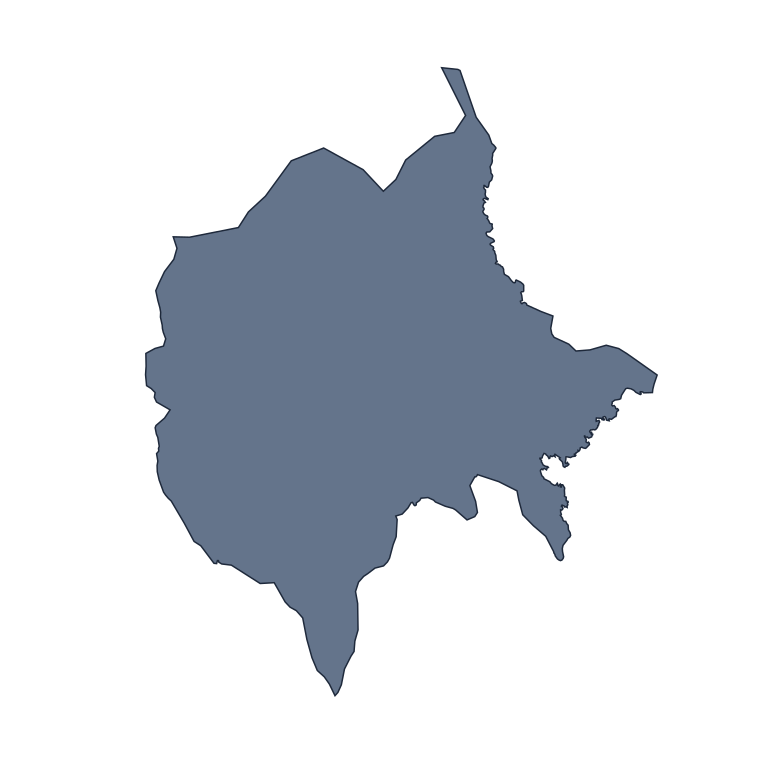 outline of Geidam, Yobe, Nigeria, rotated 152°
{"feature_id": "59680162B70118559758614", "entity_name": "Geidam", "entity_type": "district", "adm_level": 2, "iso_a3": "NGA", "parent_name": "Nigeria", "parent_adm1": "Yobe", "projection": "equal_earth", "projection_center": [11.91, 12.702], "detail": "fine", "context": "isolated", "style": "filled", "palette": "slate", "viewbox_px": 768, "rotation_deg": 152, "n_neighbors": 0, "source": "geoboundaries", "source_scale": "gbopen_adm2", "svg_char_len": 6171}
<svg xmlns="http://www.w3.org/2000/svg" viewBox="0 0 768 768"><g transform="rotate(152 384 384)"><path d="M626.8,380.6L625.7,355.0L625.6,334.1L621.7,327.2L618.3,305.5L616.1,304.0L614.0,306.3L613.1,305.8L613.5,304.2L611.8,301.3L603.8,295.7L587.0,266.0L574.2,260.1L573.6,238.0L571.7,231.0L567.8,225.0L565.6,215.6L572.0,194.7L576.1,176.1L577.4,162.3L574.2,153.5L573.1,144.6L573.6,131.8L569.5,133.3L562.8,138.5L552.7,150.9L540.9,159.2L536.0,161.9L530.4,170.7L522.4,179.0L510.3,202.6L506.6,214.1L499.5,221.0L492.3,223.7L487.4,224.2L478.4,225.7L469.8,223.6L464.5,225.3L460.9,227.6L451.4,237.8L445.0,243.4L436.0,258.2L435.6,261.9L429.0,260.6L421.1,263.3L415.8,266.5L414.4,266.1L414.4,263.2L413.8,262.0L412.3,262.1L411.2,263.9L407.2,264.4L404.9,265.8L398.5,263.1L394.7,258.2L394.0,255.7L387.3,247.3L381.5,241.8L379.9,239.2L374.5,225.0L366.1,224.3L361.8,226.7L358.2,237.4L355.9,254.0L347.4,259.4L346.5,258.9L344.9,259.4L344.0,260.1L328.5,243.9L316.7,227.2L319.5,218.1L322.9,203.4L318.6,188.7L312.7,173.6L312.9,156.4L313.3,155.0L313.1,153.4L313.5,151.8L313.0,148.1L312.2,146.5L311.1,145.2L309.6,145.0L307.7,145.9L306.5,147.1L305.0,152.3L303.8,155.0L301.7,157.5L295.8,160.2L294.2,161.3L291.8,161.6L290.3,162.7L289.5,165.3L289.6,168.7L287.7,172.9L288.2,175.0L288.0,177.4L289.3,178.1L289.9,179.5L289.4,181.8L289.9,185.2L289.4,185.1L288.6,185.6L288.3,187.7L287.2,189.9L286.6,189.3L285.7,189.3L284.5,189.9L284.2,191.5L284.7,192.9L283.6,193.5L282.2,191.7L282.1,190.4L281.1,190.3L280.2,189.0L279.6,190.4L278.4,191.0L277.9,193.0L277.0,193.0L276.6,193.9L277.9,195.3L277.5,196.4L276.2,198.5L277.1,199.6L277.3,200.4L276.6,201.1L274.6,205.5L273.3,207.3L273.5,211.1L274.3,211.6L275.9,209.8L276.6,210.4L275.2,212.4L275.3,213.0L278.0,212.1L278.2,213.4L277.6,214.1L277.6,215.1L279.8,214.0L281.1,214.5L282.4,216.4L283.1,217.9L283.4,219.8L287.3,225.3L286.9,226.5L287.7,228.9L287.1,232.4L286.7,233.9L286.0,234.6L284.6,234.9L284.0,233.7L283.2,234.3L282.1,234.2L280.8,231.9L279.2,233.4L278.1,233.1L278.2,234.2L280.0,235.5L281.5,237.8L281.4,240.4L281.7,241.4L281.1,241.9L280.8,242.7L281.5,244.8L281.2,245.3L279.5,244.5L279.0,244.6L277.8,246.0L275.3,247.6L274.1,246.3L274.1,245.3L273.3,243.6L273.3,240.7L272.4,240.7L271.2,242.2L270.6,242.3L269.7,241.0L268.0,241.0L267.1,239.5L266.7,241.3L266.0,241.7L263.1,236.1L264.2,235.9L264.3,235.1L263.1,231.6L263.7,229.1L264.3,227.7L264.3,226.8L263.4,225.5L262.3,226.1L261.2,225.6L260.3,225.7L258.6,226.1L258.4,226.5L259.0,227.3L258.8,228.7L259.2,228.8L259.7,228.1L260.4,228.1L261.0,228.7L260.9,229.6L259.0,231.8L257.6,234.2L256.7,233.9L253.8,231.5L251.7,231.5L249.1,230.5L248.3,230.9L249.1,232.0L248.9,232.7L247.3,232.4L247.0,233.0L244.2,233.2L243.9,234.3L242.9,233.3L241.7,234.1L240.7,235.5L238.9,235.4L238.2,234.1L236.4,232.6L235.5,232.6L231.0,234.1L230.5,235.8L230.8,236.7L231.8,236.5L232.7,237.5L232.7,238.2L231.5,239.9L231.4,240.6L231.7,242.9L231.5,243.9L231.1,243.9L231.3,242.9L231.0,242.4L229.2,241.6L229.0,240.6L228.7,240.1L225.5,239.8L224.4,240.9L223.5,241.2L223.3,241.9L224.5,242.4L224.5,243.0L223.5,243.5L223.4,244.0L224.7,244.5L224.6,245.7L224.1,246.0L222.9,246.4L222.0,245.8L220.8,245.7L219.5,244.6L218.5,244.4L216.2,245.3L214.9,246.3L214.7,247.0L213.8,247.0L212.9,248.3L211.4,249.2L211.3,251.0L214.1,251.4L213.6,252.7L212.4,254.3L207.9,251.5L208.3,250.3L206.9,249.0L206.1,248.9L206.0,249.8L206.8,251.1L206.3,251.9L204.7,251.8L204.0,250.9L204.3,247.4L202.4,245.8L202.1,247.3L201.5,247.5L199.7,246.0L195.4,246.7L194.5,246.4L193.3,247.6L192.1,249.6L191.0,250.5L189.5,250.5L189.1,251.3L189.4,252.6L190.2,252.6L190.9,253.6L190.5,254.8L190.9,256.9L192.6,257.4L192.8,258.6L191.5,259.9L191.0,261.0L187.7,261.4L183.6,260.0L181.9,259.9L179.5,262.6L172.8,266.4L171.0,266.0L168.1,263.7L166.3,261.0L165.5,258.4L162.7,254.4L161.8,254.4L161.4,255.1L161.8,256.4L161.3,256.9L160.0,256.1L159.2,255.3L158.9,254.3L151.0,250.4L149.1,253.2L145.6,257.1L138.6,263.7L155.2,296.6L160.1,305.1L169.6,313.9L186.1,317.4L199.0,323.0L202.1,332.4L211.9,345.3L212.3,349.5L210.7,354.8L202.9,364.7L211.4,374.4L220.8,386.6L220.5,388.2L221.6,390.0L223.1,390.4L224.4,390.1L224.9,390.6L224.9,392.7L224.6,393.1L222.6,392.8L220.9,397.2L220.4,399.3L220.5,400.3L219.3,400.9L217.9,400.2L217.0,400.5L214.3,405.6L214.4,407.0L215.6,409.9L218.4,413.7L219.0,413.7L220.5,412.0L221.5,412.2L222.3,413.1L223.0,415.6L223.7,420.3L226.2,424.3L225.5,427.2L224.5,429.2L224.4,431.8L225.3,432.7L225.5,434.2L226.3,435.0L226.8,436.3L228.6,437.3L229.0,438.2L228.0,439.0L227.0,438.7L226.6,438.9L226.6,441.0L224.8,445.2L224.6,447.7L224.0,449.2L224.6,451.4L224.5,451.8L223.4,452.4L223.1,453.8L224.5,456.3L224.8,457.2L224.6,457.8L223.6,458.2L220.0,458.0L219.4,458.5L219.5,460.4L220.0,461.4L222.8,465.2L223.5,466.9L223.1,469.3L221.8,469.9L219.2,468.7L215.1,470.2L214.4,473.0L213.6,473.9L213.4,474.5L214.9,475.8L215.1,476.7L214.9,479.3L215.3,481.7L214.5,482.0L213.8,483.0L213.8,483.8L215.2,485.5L215.9,487.4L215.9,489.5L215.7,490.0L213.7,491.2L213.2,492.2L213.6,493.5L213.0,494.8L210.7,496.9L209.2,496.7L209.4,498.5L210.0,499.5L209.8,500.6L208.3,500.9L205.8,498.0L205.0,498.7L206.1,500.9L206.2,502.0L205.5,504.4L204.6,505.3L203.3,507.6L203.8,509.0L203.8,510.6L203.1,511.1L202.5,512.3L202.1,512.1L201.0,509.5L200.1,508.9L199.0,509.4L196.2,512.8L193.1,513.7L190.4,516.6L190.2,517.9L190.5,520.1L189.5,522.1L188.4,526.0L185.4,528.1L184.2,529.3L183.4,530.5L182.7,532.4L180.5,535.1L179.9,536.5L174.6,539.5L174.3,540.2L174.9,543.3L175.9,545.7L174.6,554.6L177.4,576.2L169.7,625.1L171.1,627.1L184.6,636.2L185.9,582.8L203.9,573.1L223.0,578.9L259.7,571.6L277.5,559.0L294.1,554.5L301.8,583.0L326.5,620.7L361.1,624.6L400.5,605.5L422.9,599.6L439.1,590.5L486.8,604.9L501.0,612.9L503.1,601.0L511.0,592.8L525.0,586.3L535.3,578.7L541.7,573.5L544.5,563.7L546.1,556.5L547.5,552.2L550.0,548.0L552.2,540.1L553.6,537.0L554.6,533.3L555.5,526.4L560.9,521.0L569.5,522.9L579.9,522.8L585.7,511.4L590.2,504.1L594.4,494.0L591.7,489.3L590.1,483.9L593.0,480.1L593.3,474.9L585.0,461.6L593.8,456.9L604.8,454.4L606.6,452.8L608.5,446.6L608.8,443.0L611.7,434.5L613.3,433.1L614.4,430.5L617.5,429.3L619.9,422.1L622.6,418.6L625.4,412.9L627.6,404.8L629.4,392.0L629.0,388.5L628.1,384.3L626.8,380.6Z" fill="#64748b" stroke="#1e293b" stroke-width="1.5"/></g></svg>